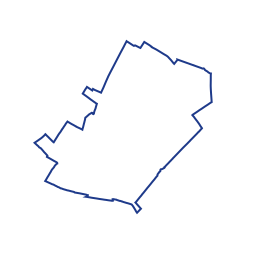 Lunguletu, Dâmbovita, Romania (orthographic projection), rotated 75°
{"feature_id": "2599482B28645513171347", "entity_name": "Lunguletu", "entity_type": "district", "adm_level": 2, "iso_a3": "ROU", "parent_name": "Romania", "parent_adm1": "Dâmbovita", "projection": "orthographic", "projection_center": [25.659, 44.619], "detail": "fine", "context": "isolated", "style": "outline", "palette": "blue", "viewbox_px": 256, "rotation_deg": 75, "n_neighbors": 0, "source": "geoboundaries", "source_scale": "gbopen_adm2", "svg_char_len": 5642}
<svg xmlns="http://www.w3.org/2000/svg" viewBox="0 0 256 256"><g transform="rotate(75 128 128)"><path d="M183.6,186.3L183.8,185.8L184.4,184.5L184.7,183.8L185.2,182.7L185.7,181.7L187.2,178.3L187.8,176.9L189.3,173.6L190.4,171.0L191.0,169.7L191.9,167.5L192.5,166.2L193.1,164.8L193.8,163.0L193.9,162.9L194.2,162.2L194.2,161.8L194.3,161.6L194.3,161.4L192.8,161.3L192.8,160.9L193.0,160.4L193.1,160.1L193.2,159.9L193.5,159.5L193.6,159.3L193.9,158.5L194.0,158.3L194.2,157.8L194.7,157.3L194.8,157.1L195.0,156.8L195.5,156.0L196.0,155.3L196.2,155.0L196.4,154.5L196.5,154.2L196.9,153.6L197.3,153.1L197.3,152.9L198.2,151.7L199.0,150.4L200.0,148.8L200.6,147.7L201.6,146.1L202.0,145.5L202.3,145.0L202.9,144.2L204.8,143.4L205.4,143.2L205.6,143.2L205.8,143.1L206.1,143.0L206.4,142.9L206.7,142.8L206.9,142.8L207.5,142.6L207.8,142.5L208.8,142.2L210.2,141.9L210.9,141.7L212.2,141.2L209.3,136.4L201.9,140.1L201.7,139.7L201.3,139.1L200.7,138.3L200.6,138.1L200.3,137.7L199.8,137.1L199.1,136.1L198.0,134.6L196.5,132.4L196.2,132.0L195.9,131.8L195.3,130.8L195.1,130.6L194.9,130.3L194.8,130.1L193.4,128.2L191.2,125.2L190.9,124.8L190.8,124.7L190.0,123.5L189.0,122.1L188.0,120.7L186.8,119.1L185.8,117.7L185.1,116.7L184.6,115.9L184.0,115.2L183.7,114.8L183.1,114.0L182.8,113.6L182.7,113.4L182.5,113.2L181.7,111.9L181.2,111.8L180.7,111.6L180.5,111.4L180.2,111.2L179.8,110.6L179.6,110.3L179.5,110.1L179.1,109.9L178.9,109.7L178.7,109.2L178.4,108.6L178.1,108.0L177.1,107.7L176.9,107.6L176.4,107.1L176.4,106.8L176.5,106.4L176.5,105.7L176.0,103.4L175.7,102.9L175.3,103.0L175.2,102.7L174.3,101.3L173.5,100.0L172.7,98.6L171.6,96.8L171.4,96.6L171.3,96.4L170.7,95.3L169.8,93.9L169.3,93.0L168.9,92.4L168.7,92.2L168.0,90.9L167.9,90.8L167.0,89.3L162.1,81.2L161.2,79.7L160.4,78.3L158.0,74.1L157.9,74.0L156.4,71.4L156.2,71.2L154.8,68.8L153.2,66.1L151.3,62.9L149.9,60.7L149.9,60.4L149.0,59.1L148.0,57.6L147.5,56.7L147.4,56.6L147.1,56.7L145.7,57.2L144.6,57.6L143.5,57.9L141.7,58.5L140.5,59.0L139.8,59.2L138.9,59.6L138.0,60.0L136.5,60.6L135.3,61.1L134.9,61.2L134.7,61.3L134.4,61.4L134.0,61.6L133.6,61.8L133.0,62.1L132.7,62.3L132.2,62.5L131.8,61.7L130.8,58.7L129.9,56.1L129.3,54.5L128.4,51.7L127.1,48.0L126.0,44.6L124.9,41.5L124.7,40.5L124.3,40.4L120.2,39.6L116.0,38.8L112.1,38.0L110.3,37.6L108.6,37.2L102.6,35.5L98.5,34.4L97.0,33.9L97.0,34.0L96.3,34.7L95.1,36.0L94.9,36.1L93.9,36.7L93.4,37.3L92.5,38.1L92.1,38.4L91.8,38.7L91.3,38.8L90.9,38.9L90.6,39.1L90.3,39.2L90.0,39.5L89.9,40.7L89.0,41.8L74.7,62.5L74.9,62.5L78.0,66.8L76.7,67.5L76.2,67.7L75.3,68.1L73.5,68.9L71.3,70.1L69.7,70.9L69.1,71.3L68.1,72.1L65.9,74.3L62.5,77.5L60.3,79.6L59.0,80.9L56.0,84.2L55.7,84.1L53.5,85.9L49.1,90.0L53.9,95.3L53.7,95.6L50.4,99.3L50.2,99.5L50.0,100.1L50.2,100.6L50.1,101.2L45.3,105.5L44.2,106.6L43.8,106.9L47.5,110.3L48.1,110.8L53.3,115.7L59.2,121.1L64.8,126.2L69.9,130.9L72.9,133.6L73.1,133.8L73.4,134.0L73.9,134.4L76.6,136.6L77.1,137.0L77.6,137.4L82.5,141.2L83.1,141.7L86.9,144.9L86.3,145.6L82.6,150.3L81.2,151.7L82.5,152.8L77.7,157.0L78.0,157.3L79.9,159.5L83.1,162.8L85.9,160.5L88.9,158.1L91.0,156.5L91.8,155.8L91.9,155.7L93.9,154.1L94.0,154.0L95.3,152.9L95.9,152.5L96.5,151.8L98.8,153.2L99.6,153.7L100.2,154.0L101.0,154.5L101.6,155.0L102.8,155.9L104.3,156.8L105.3,157.2L105.4,157.4L105.6,157.9L105.2,158.3L104.5,158.1L103.9,159.0L104.8,162.1L105.0,162.4L107.0,166.4L107.0,166.5L107.4,166.8L108.5,167.2L109.9,168.0L110.4,168.3L111.0,168.6L111.7,169.0L112.3,169.4L113.3,169.9L113.8,170.2L115.1,170.9L115.8,171.3L116.7,171.9L117.8,172.5L117.7,172.6L116.4,174.0L114.8,175.9L113.4,177.6L113.2,177.6L112.9,178.0L112.0,178.9L110.8,180.1L109.9,181.1L108.8,182.2L108.0,183.0L107.2,183.7L106.6,184.4L106.1,184.8L107.1,186.1L107.7,186.9L108.8,188.0L110.2,189.7L110.8,190.3L111.4,191.0L111.7,191.4L112.0,191.7L112.0,191.8L112.3,192.0L112.7,192.6L113.1,192.9L113.4,193.3L113.7,193.6L114.1,194.0L114.4,194.4L115.0,195.1L115.1,195.3L115.3,195.6L115.6,195.9L115.7,196.0L115.9,196.3L116.7,197.2L117.4,197.9L118.8,199.4L120.1,200.8L121.6,202.4L122.0,202.8L122.4,203.2L122.5,203.4L122.6,203.5L122.4,203.7L122.0,203.9L121.5,204.2L121.0,204.6L120.7,204.7L120.5,204.8L120.2,205.0L119.7,205.3L118.8,205.8L117.8,206.4L117.5,206.6L117.1,206.8L116.8,206.9L116.6,207.1L116.0,207.4L114.9,208.1L114.2,208.5L113.9,208.7L113.4,208.9L113.2,209.0L112.6,209.4L113.2,210.2L114.4,212.4L114.7,213.0L115.3,214.3L117.0,218.9L118.1,222.1L118.3,222.0L119.5,221.2L121.0,220.3L122.6,219.2L123.7,218.8L124.2,218.3L124.4,218.0L124.7,217.7L124.9,217.5L125.1,217.4L125.5,217.2L126.1,216.9L126.4,216.7L127.3,216.3L127.9,216.0L128.3,215.8L128.6,215.7L129.0,215.5L129.3,215.4L130.4,214.8L130.5,214.7L133.2,213.3L133.8,213.0L134.1,213.0L134.5,213.4L134.6,213.6L134.9,213.8L136.7,211.9L139.9,208.7L140.8,207.8L141.9,206.6L142.7,205.8L143.1,205.5L143.4,205.4L143.6,205.4L144.0,205.5L144.0,205.9L144.1,206.2L144.5,206.8L145.2,208.0L145.5,208.4L146.1,209.1L146.5,209.4L146.9,209.9L147.2,210.3L148.5,212.2L149.1,212.8L149.7,213.4L150.9,214.5L151.0,214.7L152.2,215.9L153.0,216.7L153.6,217.3L154.3,218.1L156.5,220.3L157.0,220.8L157.5,221.4L157.8,221.7L161.9,216.7L162.7,215.8L162.9,215.5L163.0,215.2L163.6,214.4L164.8,213.2L165.2,212.8L165.6,212.2L165.8,212.0L166.0,211.8L166.6,211.3L167.0,210.7L167.3,210.2L167.6,209.9L168.1,209.4L168.9,208.6L169.0,208.4L169.1,208.0L169.3,207.7L169.6,207.3L169.9,206.9L170.2,206.5L171.2,204.9L171.4,204.5L171.5,204.3L171.6,204.2L172.5,202.8L172.9,201.9L173.3,201.2L174.0,199.9L174.3,199.5L174.4,199.2L175.0,198.2L175.1,197.9L175.8,196.7L176.0,196.5L176.3,196.4L176.5,196.2L178.5,191.8L181.6,185.6L182.4,184.5L182.5,184.2L182.8,184.3L183.1,184.6L183.4,185.1L183.6,186.3Z" fill="none" stroke="#1e3a8a" stroke-width="2"/></g></svg>